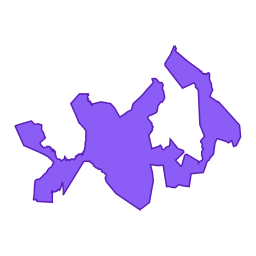 San Pedro y San Pablo Tequixtepec, Oaxaca, Mexico
{"feature_id": "50627088B39649536593692", "entity_name": "San Pedro y San Pablo Tequixtepec", "entity_type": "district", "adm_level": 2, "iso_a3": "MEX", "parent_name": "Mexico", "parent_adm1": "Oaxaca", "projection": "equal_earth", "projection_center": [-97.719, 18.101], "detail": "fine", "context": "isolated", "style": "filled", "palette": "violet", "viewbox_px": 256, "rotation_deg": 0, "n_neighbors": 0, "source": "geoboundaries", "source_scale": "gbopen_adm2", "svg_char_len": 5790}
<svg xmlns="http://www.w3.org/2000/svg" viewBox="0 0 256 256"><path d="M189.2,186.6L191.1,173.7L203.3,172.5L207.2,161.3L208.8,160.4L209.3,159.7L210.1,158.0L213.5,154.1L215.0,143.1L216.9,138.5L226.7,141.6L228.4,142.9L231.7,140.7L233.6,146.4L236.1,145.7L238.0,142.3L240.6,136.8L239.5,125.1L218.0,101.3L218.4,102.3L209.8,96.6L211.6,92.2L212.7,90.0L211.3,86.1L211.5,85.2L211.3,83.6L211.0,83.4L210.9,82.6L210.1,81.2L209.5,79.3L209.6,77.2L209.4,76.1L209.4,75.4L209.7,74.3L208.9,73.1L208.3,72.8L207.4,73.3L207.1,74.0L206.7,74.3L205.7,73.7L205.2,74.2L204.3,73.5L203.9,73.5L203.4,74.1L202.2,73.1L201.7,71.5L200.3,71.4L200.2,70.9L200.3,70.7L187.0,60.8L184.3,58.5L175.1,50.7L176.3,49.0L175.5,47.2L175.4,47.8L174.0,46.3L170.5,54.6L165.0,63.3L165.0,65.4L182.6,88.2L194.0,82.8L195.5,84.8L195.5,87.1L198.3,90.2L199.9,124.8L204.5,136.3L200.6,140.9L200.8,141.9L200.8,142.3L201.9,142.9L202.2,145.6L201.9,147.7L202.3,147.9L203.3,148.0L203.4,148.3L203.3,149.1L202.7,149.6L202.3,150.7L201.7,151.8L201.7,155.4L202.4,157.2L202.7,158.6L202.4,159.9L201.0,161.0L199.9,161.3L199.3,161.9L198.5,163.2L198.3,161.2L186.7,154.3L185.4,154.6L184.5,155.7L184.2,157.2L183.1,161.0L182.0,165.3L181.1,166.4L175.5,160.3L183.8,152.3L183.6,151.2L183.2,150.4L178.0,148.7L170.3,139.1L169.9,142.5L170.0,143.5L169.7,145.2L169.1,146.2L168.4,146.5L167.6,146.6L166.0,147.3L165.6,148.0L164.1,149.4L163.8,149.5L163.1,149.6L162.6,149.4L162.1,149.0L161.9,147.3L160.5,145.2L159.8,145.5L159.1,146.2L158.4,146.4L157.1,147.1L155.9,147.2L154.4,147.8L151.6,148.7L151.5,148.2L151.6,147.6L151.6,147.0L151.2,145.9L151.1,145.7L151.0,144.7L150.8,144.4L150.9,143.9L150.4,142.9L150.3,141.6L149.8,140.3L149.9,139.1L149.2,137.7L149.1,136.8L149.0,136.5L148.6,136.1L148.6,135.8L148.7,135.6L149.1,135.4L149.4,134.2L149.5,133.9L149.8,133.8L150.0,133.7L150.4,132.4L151.3,132.1L151.7,131.3L151.7,130.5L152.1,130.3L152.5,129.6L152.3,128.7L152.5,128.2L152.5,127.8L152.8,127.5L153.0,126.7L152.6,126.4L152.5,126.0L152.5,125.5L151.9,125.1L151.9,123.8L151.8,123.1L147.9,118.6L147.6,117.9L148.7,116.1L149.9,115.2L150.7,115.2L152.9,114.3L156.2,112.6L156.8,111.8L157.1,110.7L157.4,108.9L157.7,107.9L157.8,106.4L158.1,105.4L159.8,103.6L159.8,103.1L160.3,102.6L160.7,102.5L160.9,102.2L161.6,101.9L162.3,102.1L163.0,100.8L163.5,100.0L163.8,99.8L164.6,97.6L164.3,94.9L163.9,94.4L164.0,93.9L163.9,93.6L163.8,91.8L163.4,90.8L162.4,89.8L162.6,89.0L162.7,87.9L162.3,87.0L162.5,86.3L163.1,85.7L163.1,84.9L162.7,84.2L162.6,83.6L161.6,82.5L161.3,82.4L160.6,82.7L159.2,82.5L156.4,79.1L155.7,78.7L153.2,78.5L152.0,78.8L153.4,82.6L147.3,89.2L144.2,92.9L140.7,96.8L133.3,103.5L131.4,109.9L127.3,111.9L124.3,114.2L119.8,117.1L114.4,107.7L110.6,103.6L101.0,101.9L92.3,104.0L92.5,104.9L92.1,104.9L91.8,105.2L91.5,104.9L91.4,104.7L91.4,104.1L91.2,103.8L91.1,103.0L90.7,103.3L89.9,101.6L90.0,101.1L89.7,101.1L89.0,101.7L88.6,101.7L88.6,100.4L88.0,100.3L87.6,100.0L87.6,99.6L87.7,99.4L88.4,98.8L88.3,98.7L87.5,98.6L87.4,98.4L87.7,97.5L87.5,96.5L87.5,96.0L87.6,95.8L88.0,95.7L88.4,95.3L87.7,94.9L87.6,94.6L88.4,94.2L88.4,93.9L79.4,93.9L70.8,103.6L75.6,114.4L79.2,123.1L80.3,124.0L84.7,128.9L85.9,130.9L86.1,131.7L85.9,132.9L86.0,135.4L85.8,136.0L85.7,137.8L86.1,139.0L85.8,141.3L85.5,141.3L85.6,141.8L85.2,143.3L85.3,144.1L85.0,144.5L85.5,146.1L85.6,146.5L85.0,147.1L84.7,147.7L84.8,148.7L84.3,149.7L84.6,150.4L84.4,150.8L83.6,151.1L83.3,151.6L83.5,152.1L82.8,152.5L82.4,153.0L82.5,153.5L82.9,153.8L82.7,154.8L82.2,155.2L80.9,153.9L80.5,153.9L79.9,153.9L79.7,154.1L79.5,154.7L78.5,155.0L78.1,155.0L78.0,154.5L77.0,155.7L76.4,155.7L76.1,156.0L76.2,156.7L75.6,156.7L75.5,158.1L74.8,158.6L74.6,159.5L74.1,159.7L73.2,159.1L72.5,159.3L71.9,158.9L71.0,159.2L70.6,159.8L70.0,159.6L69.8,160.1L69.3,160.4L68.2,159.6L67.6,159.4L67.3,159.6L66.6,160.6L66.0,160.2L65.8,158.1L65.5,157.2L64.8,156.6L64.5,158.5L64.3,159.1L63.4,159.4L61.4,160.9L61.0,160.9L60.2,159.5L59.6,159.2L58.1,159.1L56.4,158.2L56.1,156.5L55.7,155.7L55.4,154.4L55.1,151.3L54.7,151.0L54.0,151.7L53.7,151.5L53.6,149.9L53.4,149.4L53.1,149.4L52.7,149.8L52.2,150.5L52.1,149.4L51.9,149.1L51.6,148.9L50.7,148.8L50.5,148.2L50.9,147.6L50.7,147.3L49.5,146.8L48.9,146.3L48.1,146.6L47.1,146.3L46.1,147.4L45.4,147.7L44.5,147.4L43.9,147.6L43.4,147.5L42.7,147.0L40.7,144.5L40.0,142.8L45.4,137.8L44.2,135.2L43.9,134.0L43.3,132.3L41.8,130.3L41.7,129.7L41.5,129.1L41.6,128.5L41.6,127.4L41.8,126.4L41.5,124.7L39.9,124.5L38.5,123.8L34.4,124.3L33.5,123.5L33.3,123.1L32.7,122.6L31.9,121.4L31.4,121.0L25.6,122.6L18.3,124.8L15.4,125.8L15.4,126.7L23.9,145.5L42.1,153.4L47.9,156.6L51.5,159.9L53.8,162.1L51.4,167.1L50.2,167.5L48.9,168.6L47.8,169.9L46.4,172.5L43.4,175.2L42.6,176.1L42.2,176.8L41.7,177.0L39.5,179.2L37.4,179.3L36.6,179.6L35.2,180.6L34.6,185.2L34.2,194.2L33.6,198.4L33.5,199.6L33.9,199.8L34.8,199.9L36.3,199.4L37.0,201.4L52.3,202.3L52.2,197.6L52.4,194.3L51.4,192.4L52.0,191.5L52.5,192.3L52.8,192.4L53.0,191.3L53.5,191.8L55.1,191.8L55.6,191.3L56.6,191.3L57.2,190.8L57.1,190.3L58.3,189.1L58.7,189.9L59.6,190.3L61.1,186.9L62.5,181.9L63.5,191.2L63.4,193.3L63.1,195.1L83.8,161.4L89.5,161.1L89.6,161.7L90.0,162.2L91.1,162.5L92.2,163.6L92.7,163.7L93.9,166.1L94.8,166.5L95.6,167.6L97.1,168.0L97.7,168.7L98.3,169.1L99.5,169.4L100.6,169.1L100.9,169.2L101.2,169.4L101.4,169.6L101.5,169.9L101.5,171.4L102.0,171.8L102.8,172.1L102.9,172.3L103.7,172.4L104.5,173.1L104.8,173.8L105.3,173.9L105.6,173.8L106.3,174.7L106.4,175.0L106.1,175.5L106.0,176.4L105.5,177.0L105.3,178.0L105.3,178.7L106.0,180.3L106.0,180.9L106.2,181.3L108.0,183.8L116.0,193.5L139.9,209.7L139.8,209.1L140.1,208.9L141.9,208.3L149.4,202.4L151.7,189.3L153.3,181.2L152.3,172.1L150.4,164.7L152.4,164.8L156.6,165.5L159.0,165.6L160.6,165.3L163.3,165.4L164.8,175.5L166.6,186.7L168.3,186.4L172.3,187.4L175.5,187.6L178.6,184.6L182.8,185.8L189.2,186.6Z" fill="#8b5cf6" stroke="#5b21b6" stroke-width="1.5"/></svg>